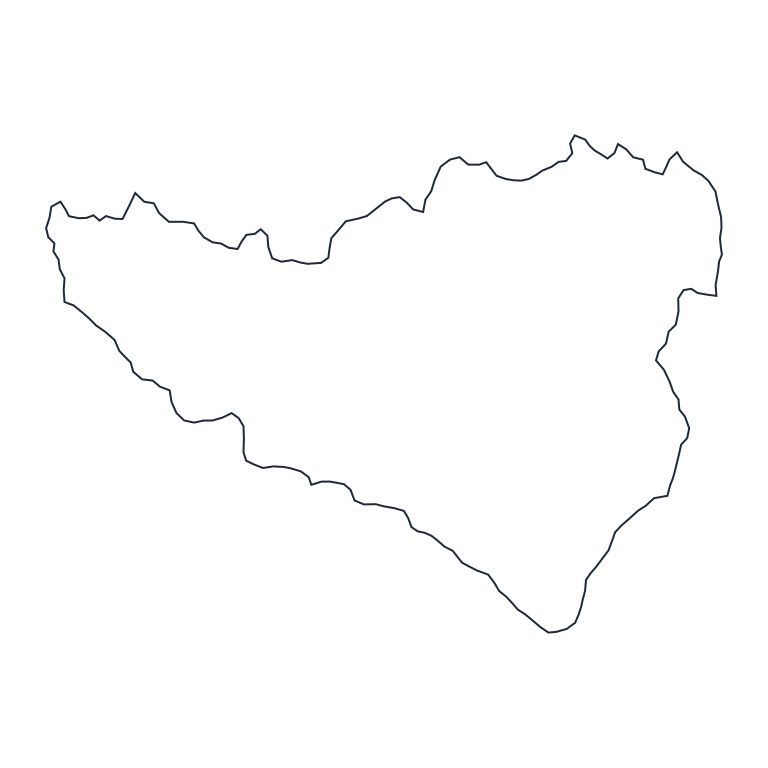 outline of Santa Rita de Ibitipoca, Minas Gerais, Brazil
{"feature_id": "56859067B41589196819428", "entity_name": "Santa Rita de Ibitipoca", "entity_type": "district", "adm_level": 2, "iso_a3": "BRA", "parent_name": "Brazil", "parent_adm1": "Minas Gerais", "projection": "orthographic", "projection_center": [-43.938, -21.59], "detail": "fine", "context": "isolated", "style": "outline", "palette": "slate", "viewbox_px": 768, "rotation_deg": 0, "n_neighbors": 0, "source": "geoboundaries", "source_scale": "gbopen_adm2", "svg_char_len": 2853}
<svg xmlns="http://www.w3.org/2000/svg" viewBox="0 0 768 768"><path d="M693.7,170.4L683.2,161.9L677.1,152.3L669.5,159.4L666.1,167.2L662.7,174.3L655.4,172.5L645.4,168.8L643.0,159.7L633.2,157.3L626.3,149.4L618.0,144.1L614.4,153.1L607.5,158.5L601.4,154.5L594.9,150.7L589.5,145.7L585.3,139.6L574.7,135.4L570.1,143.6L572.3,153.2L566.2,160.9L558.6,161.9L551.6,166.8L542.5,170.5L536.3,174.8L528.7,179.0L521.4,180.6L513.8,180.3L505.9,179.0L496.6,175.8L490.5,167.9L486.2,162.2L479.0,164.7L468.3,164.6L459.5,157.2L450.0,159.6L440.7,166.6L434.6,180.3L431.2,191.3L425.5,199.5L423.1,212.0L413.1,209.4L406.6,202.5L399.7,197.1L391.8,198.4L385.0,201.6L377.2,207.8L366.9,216.0L358.2,218.6L345.8,221.3L337.9,230.7L331.3,238.3L329.4,249.3L328.4,257.7L321.1,262.9L307.6,263.8L300.3,262.5L292.3,260.1L281.3,261.7L272.2,258.3L268.3,246.9L267.4,235.7L260.7,229.2L254.9,233.8L246.4,234.9L241.8,241.2L237.6,249.0L228.8,247.8L221.2,243.6L212.7,242.3L204.1,237.5L198.5,230.8L194.1,223.4L182.9,221.8L168.9,221.8L159.2,213.2L153.8,203.3L144.3,201.8L135.2,193.0L129.4,205.4L122.5,219.0L114.8,218.7L106.0,216.1L99.6,220.6L93.5,215.3L86.5,217.9L78.6,218.2L69.0,216.2L65.4,209.3L60.5,201.7L51.3,206.7L49.5,217.8L46.1,228.2L48.3,237.2L54.4,243.4L53.4,251.3L58.6,259.7L59.8,269.2L64.5,278.3L63.7,290.2L64.5,302.0L73.6,305.4L81.3,311.6L89.2,318.5L96.2,325.6L105.0,331.6L114.6,340.0L119.2,350.7L124.9,356.8L130.7,362.5L133.2,371.7L142.0,379.3L152.7,380.6L160.0,386.7L169.7,390.4L171.5,401.9L176.5,413.1L184.2,420.5L194.2,422.6L203.7,420.5L212.5,420.5L222.5,417.6L231.6,413.1L238.6,418.1L243.5,426.2L243.9,439.4L243.5,452.5L246.2,460.7L253.8,464.4L263.0,468.0L273.3,466.4L283.3,466.9L290.4,468.2L300.9,471.4L308.7,477.2L311.4,484.8L321.6,481.6L330.2,481.6L337.2,482.9L344.0,484.2L350.5,489.8L354.6,500.5L363.9,504.4L375.8,504.2L383.7,506.3L394.1,508.1L403.9,510.9L408.2,518.1L411.4,527.0L417.5,531.3L424.3,532.7L431.2,535.6L437.0,540.1L444.6,546.7L452.6,550.7L457.5,556.9L462.1,562.7L469.0,566.4L476.7,570.4L488.2,574.6L494.6,583.2L499.2,591.1L505.8,596.3L512.5,603.4L517.8,609.6L524.8,614.1L531.7,619.7L540.4,627.1L548.5,632.6L556.5,631.8L566.8,628.9L575.1,622.8L578.7,614.5L581.2,606.6L582.9,598.9L585.1,590.6L586.0,579.9L590.8,573.0L596.1,566.9L601.7,559.4L608.5,550.4L612.2,540.5L615.1,532.3L621.2,525.7L630.7,517.4L638.3,510.5L645.6,505.9L654.0,498.2L667.4,495.8L670.1,485.4L673.0,478.0L675.0,470.7L677.2,461.7L679.2,453.4L681.1,444.7L687.2,438.1L689.2,428.2L685.0,416.7L679.3,409.5L678.5,399.5L673.1,391.7L669.7,381.9L664.0,369.9L656.0,360.4L658.7,351.4L666.0,343.6L668.7,331.6L675.8,324.7L678.5,311.4L678.2,298.4L683.6,290.1L691.2,288.8L697.6,293.0L706.8,294.6L716.4,295.9L715.6,285.2L718.0,271.2L719.1,261.4L721.9,254.7L720.7,246.1L720.0,237.9L721.5,227.6L721.1,217.1L718.4,205.9L715.4,191.4L708.4,180.9L702.0,175.1L693.7,170.4Z" fill="none" stroke="#1e293b" stroke-width="2"/></svg>